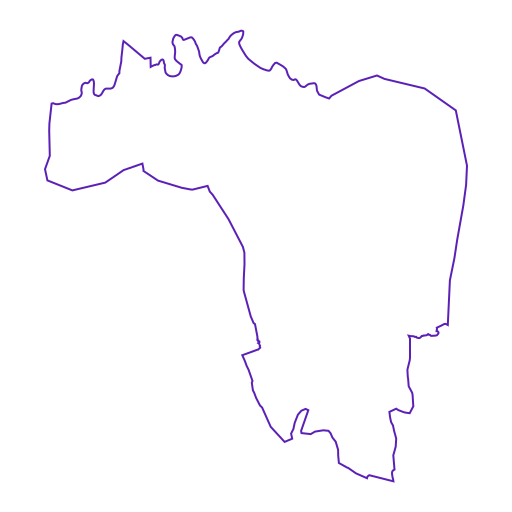 the district of Mártir de Cuilapan, Guerrero, Mexico
{"feature_id": "50627088B19885629704089", "entity_name": "Mártir de Cuilapan", "entity_type": "district", "adm_level": 2, "iso_a3": "MEX", "parent_name": "Mexico", "parent_adm1": "Guerrero", "projection": "natural_earth1", "projection_center": [-99.386, 17.807], "detail": "fine", "context": "isolated", "style": "outline", "palette": "violet", "viewbox_px": 512, "rotation_deg": 0, "n_neighbors": 0, "source": "geoboundaries", "source_scale": "gbopen_adm2", "svg_char_len": 5757}
<svg xmlns="http://www.w3.org/2000/svg" viewBox="0 0 512 512"><path d="M295.8,79.4L295.2,79.3L293.5,80.0L292.9,79.9L291.8,79.6L290.1,78.4L289.1,76.9L287.8,74.5L286.4,70.0L285.9,69.0L285.0,68.1L282.9,66.3L279.9,64.5L277.7,63.3L276.8,62.7L276.0,62.8L275.1,63.0L274.5,63.7L273.6,64.7L272.3,66.5L271.1,68.9L270.6,69.6L270.2,70.0L269.7,70.5L269.0,70.7L268.0,70.6L266.2,70.2L264.7,69.6L263.7,69.4L263.0,69.0L262.5,68.9L260.1,67.7L254.4,63.8L251.8,61.7L248.3,58.8L246.0,56.0L243.8,52.5L241.5,48.7L240.3,46.4L239.4,44.3L239.1,43.0L239.2,41.9L239.7,41.1L240.2,40.4L241.2,39.2L242.0,37.8L242.9,35.2L243.2,34.0L243.2,33.1L243.3,32.0L243.3,31.5L242.9,31.0L242.0,30.8L241.0,30.7L240.2,31.0L239.4,31.4L238.7,31.7L238.0,31.8L236.2,32.1L235.5,32.3L233.4,33.4L231.9,34.6L230.5,35.9L229.8,36.8L228.4,39.1L227.3,40.1L226.0,41.6L224.2,43.3L222.1,45.8L221.4,46.5L220.1,47.4L219.7,48.1L219.2,50.0L218.5,51.9L218.2,52.5L217.7,52.9L216.8,53.1L214.2,54.7L213.4,55.5L212.6,56.0L211.7,56.5L211.0,56.7L209.6,57.4L209.0,58.0L207.8,60.2L206.4,62.1L205.6,62.9L205.0,63.2L204.2,63.2L203.1,62.4L201.2,59.1L200.2,57.0L199.6,55.2L199.2,52.6L199.2,51.9L198.8,50.8L198.1,48.7L197.0,45.7L195.9,44.0L195.6,43.4L195.3,42.3L194.7,41.0L194.1,40.0L193.2,38.8L192.2,37.7L191.3,37.3L190.2,37.4L185.2,39.4L183.9,39.9L183.4,39.9L182.9,39.4L182.6,38.8L182.4,38.1L181.9,37.4L181.0,36.5L179.1,35.7L177.5,35.1L176.2,34.8L175.7,35.0L175.3,35.3L174.4,36.4L173.5,38.0L173.0,39.4L172.5,41.8L172.5,42.5L172.7,43.5L173.0,44.3L173.6,45.1L174.4,46.1L174.7,47.1L175.0,49.2L175.2,51.7L174.7,56.5L174.7,58.1L175.1,59.3L176.4,60.9L180.0,63.8L181.5,64.8L181.7,65.5L181.6,67.5L180.8,70.5L179.8,72.9L178.9,74.1L178.3,74.7L175.9,75.9L174.1,76.3L172.6,76.4L170.7,76.2L169.7,76.0L168.7,75.5L167.8,75.0L166.4,73.7L165.9,73.1L165.5,72.3L164.7,68.0L164.9,65.1L164.8,64.6L164.1,63.3L163.5,60.4L163.2,59.9L162.8,59.6L162.6,59.5L161.9,59.6L161.4,59.8L160.8,60.4L159.9,61.3L159.4,62.2L158.9,63.5L158.6,64.1L158.2,64.5L157.8,64.6L157.5,64.6L157.0,64.4L156.5,64.4L155.2,65.0L154.7,65.0L152.7,65.8L150.7,66.9L150.5,57.7L144.8,58.8L127.8,44.5L123.5,41.1L122.8,44.7L122.5,48.1L121.4,57.9L121.3,61.3L119.5,70.4L119.4,71.7L119.4,73.2L118.1,74.8L117.3,75.9L116.7,77.6L114.9,83.7L114.2,85.7L113.3,87.1L112.5,87.9L111.3,88.4L110.6,88.6L106.1,88.6L105.6,88.8L104.8,89.2L104.1,89.8L103.1,91.3L101.9,93.5L100.9,94.8L100.3,95.3L98.6,96.1L97.8,96.0L96.3,95.3L95.3,95.1L94.6,94.6L94.1,94.0L93.8,93.1L93.6,92.2L93.6,90.3L94.0,83.6L93.8,81.7L93.5,80.5L93.1,79.7L92.8,79.4L92.4,79.4L91.9,79.4L90.6,80.1L89.9,80.7L88.8,82.4L88.2,82.8L87.7,83.1L87.2,83.1L86.6,83.1L86.1,82.9L85.4,82.8L84.4,83.1L83.7,83.6L82.8,84.4L82.2,85.2L81.8,86.2L81.3,89.4L81.3,90.9L81.7,91.8L81.7,92.7L81.7,93.6L81.4,94.6L81.0,95.6L80.2,96.6L79.0,97.7L77.4,98.5L75.4,98.9L74.1,99.1L71.4,99.8L70.2,100.3L67.6,101.6L66.1,102.4L65.0,102.8L64.1,102.8L62.9,103.0L58.9,104.1L57.1,104.2L55.6,104.1L54.4,103.7L53.1,103.2L51.6,103.6L49.4,123.6L49.2,130.8L49.8,155.8L45.0,169.2L47.4,180.4L72.4,190.4L105.3,182.6L123.6,170.1L142.4,163.6L143.5,169.4L143.5,171.0L158.0,180.6L181.8,187.8L190.8,189.5L192.6,189.6L207.6,185.9L209.8,191.6L212.7,194.8L228.6,219.3L242.9,246.9L244.4,252.6L244.5,264.3L243.8,277.9L243.6,289.8L243.9,291.5L250.8,316.6L253.6,323.1L255.0,324.1L257.4,336.6L257.4,337.9L257.6,338.4L257.4,339.1L257.7,339.3L257.8,339.8L257.3,340.4L256.9,340.8L257.8,340.4L257.9,340.6L258.3,340.6L258.4,341.3L259.2,341.4L259.2,341.6L259.5,342.0L259.4,342.3L258.8,342.4L258.3,343.0L258.9,343.2L259.1,343.7L259.6,345.0L259.8,345.4L259.8,345.7L260.0,345.8L259.8,346.6L260.2,347.7L258.4,349.3L258.2,349.6L257.7,349.6L242.3,355.2L245.0,361.3L246.7,366.0L248.5,369.6L250.7,375.8L252.5,381.0L251.8,382.6L252.9,390.3L254.2,392.8L256.1,397.9L260.0,405.5L262.1,407.5L270.7,426.8L284.6,441.9L292.2,438.7L291.1,433.6L293.4,429.0L294.7,422.9L297.9,414.7L301.4,410.7L305.6,408.9L308.3,410.2L301.1,430.9L301.5,433.1L310.7,434.1L315.0,431.6L323.3,430.3L328.5,430.8L330.6,433.3L332.4,437.5L335.7,441.7L338.1,449.8L338.2,455.6L338.9,463.0L346.8,467.4L348.3,468.0L353.5,471.6L355.9,473.3L367.0,478.2L367.3,476.9L368.0,476.1L369.3,475.2L393.4,481.3L393.0,478.7L392.6,477.6L392.0,473.7L392.1,472.0L392.8,470.6L394.5,469.6L393.3,455.3L395.7,446.7L396.2,438.5L394.6,432.7L394.0,430.4L393.0,425.5L391.1,422.1L390.4,418.9L390.0,416.6L389.4,411.9L396.2,408.7L398.3,410.1L402.5,411.7L404.5,412.4L406.8,412.8L409.7,413.2L413.3,406.3L412.9,400.0L412.6,395.1L412.2,392.9L411.4,391.3L408.7,386.3L408.1,378.5L407.8,377.1L407.4,369.7L409.7,360.4L410.0,357.9L410.0,338.6L408.7,335.7L410.6,336.1L412.0,336.2L413.0,336.2L413.7,336.3L414.5,336.8L415.1,336.9L415.4,336.8L416.1,336.8L416.6,337.5L417.1,337.7L418.4,338.0L419.0,338.1L419.6,338.0L420.6,337.3L421.3,336.6L421.6,336.1L421.8,336.0L422.0,336.0L422.7,336.0L423.1,335.6L423.4,335.5L423.8,335.6L424.2,335.5L424.7,335.5L425.0,335.4L425.7,335.4L426.0,335.3L426.7,335.2L427.1,334.9L428.0,334.1L428.4,334.1L428.7,334.5L428.8,334.7L429.4,334.9L429.8,334.9L429.9,335.0L430.2,335.1L430.7,335.6L431.2,335.9L431.5,335.9L432.3,335.8L434.2,335.7L436.1,335.5L436.9,335.2L437.3,334.9L437.5,334.6L438.5,333.2L438.5,332.8L438.3,332.0L437.9,331.5L437.4,331.2L437.1,331.1L436.6,331.1L437.0,328.5L436.8,327.7L440.9,325.8L444.3,324.0L445.7,323.9L447.8,325.0L449.9,280.3L454.4,258.2L457.2,239.7L463.3,205.6L466.1,184.9L467.0,165.7L455.8,110.4L424.7,88.5L384.5,78.9L377.0,75.5L359.0,81.0L331.5,95.7L329.1,98.5L325.1,97.1L324.0,96.6L319.6,94.8L319.3,94.7L318.9,94.2L317.8,92.2L317.3,91.3L316.9,90.1L316.5,86.2L316.3,85.4L316.0,84.6L315.5,83.9L315.0,83.4L314.7,83.3L314.0,83.2L313.2,83.3L311.0,83.6L309.1,83.9L307.4,84.8L305.2,86.6L304.5,86.9L304.0,87.0L303.7,87.0L301.9,86.6L300.9,86.1L300.3,85.6L299.5,84.7L297.0,80.6L296.6,80.1L295.8,79.4Z" fill="none" stroke="#5b21b6" stroke-width="2"/></svg>